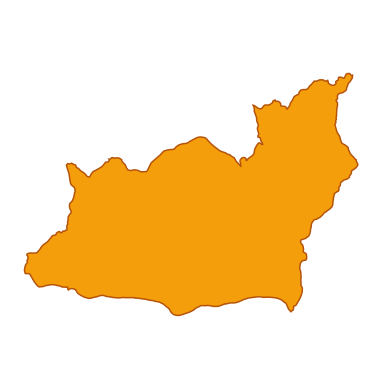 outline of Marmato, Caldas, Colombia, rotated 92°
{"feature_id": "7082276B17776075078711", "entity_name": "Marmato", "entity_type": "district", "adm_level": 2, "iso_a3": "COL", "parent_name": "Colombia", "parent_adm1": "Caldas", "projection": "mercator", "projection_center": [-75.61, 5.489], "detail": "fine", "context": "isolated", "style": "filled", "palette": "amber", "viewbox_px": 384, "rotation_deg": 92, "n_neighbors": 0, "source": "geoboundaries", "source_scale": "gbopen_adm2", "svg_char_len": 5900}
<svg xmlns="http://www.w3.org/2000/svg" viewBox="0 0 384 384"><g transform="rotate(92 192 192)"><path d="M291.5,313.0L293.3,312.8L294.2,312.2L293.2,311.0L292.8,309.5L292.8,307.7L293.6,305.1L296.1,303.5L297.6,302.1L299.6,298.8L300.9,295.7L301.9,291.5L301.9,290.5L300.4,285.3L299.9,283.0L298.9,280.8L298.4,277.6L298.7,275.7L299.2,274.6L300.2,266.6L300.4,261.5L299.8,257.0L299.9,255.4L299.6,245.7L299.9,245.7L300.0,242.7L300.9,234.1L301.6,230.8L301.8,227.8L302.6,224.7L302.9,222.0L303.2,220.7L305.2,216.3L307.2,214.0L308.6,211.9L310.3,210.3L312.2,209.2L313.7,208.0L315.1,206.0L315.6,204.5L315.8,202.7L315.9,201.1L315.3,198.7L312.1,190.2L310.1,186.6L307.4,183.3L306.8,181.8L305.2,179.0L305.1,174.1L304.9,173.3L304.9,170.8L305.6,166.3L305.4,162.1L303.7,157.4L303.0,156.2L302.8,155.1L302.6,155.1L302.7,154.2L301.5,149.8L301.5,147.7L301.2,145.0L300.8,143.4L300.0,141.3L297.6,136.4L295.9,131.6L294.5,123.0L294.4,119.4L294.8,117.8L294.4,110.8L294.6,108.1L294.9,104.1L295.9,100.6L297.0,98.3L298.7,96.3L299.3,95.0L300.8,93.7L305.9,91.3L308.2,89.0L308.1,88.6L307.0,88.0L306.3,86.6L302.5,86.3L302.1,85.0L301.5,84.1L295.2,80.7L291.5,79.2L287.8,78.4L284.8,78.3L283.5,78.6L281.3,79.9L278.4,79.9L276.4,80.2L272.8,80.0L270.5,80.4L268.8,80.4L266.8,80.9L265.0,81.7L259.6,81.3L256.9,79.4L256.2,76.9L256.2,76.2L255.9,75.7L255.1,75.3L253.4,75.1L250.3,75.5L249.5,76.0L248.3,78.2L247.6,78.8L245.2,78.5L241.5,79.4L238.9,81.6L237.8,81.8L236.0,81.3L234.5,77.0L231.9,73.8L229.9,72.9L227.1,72.3L224.8,72.2L223.2,71.7L220.5,71.6L219.6,71.4L218.6,71.1L215.9,69.3L215.5,69.0L214.7,66.2L213.2,64.0L213.0,63.3L212.2,62.6L210.6,60.9L208.0,59.0L207.1,57.3L206.1,56.3L203.9,53.4L202.2,51.8L200.3,51.0L193.7,50.5L189.0,49.7L187.9,48.8L187.2,47.7L186.4,46.9L186.3,46.0L185.2,45.3L182.0,45.3L180.3,44.0L177.6,43.9L174.7,40.6L173.8,37.7L172.3,35.7L171.6,35.1L170.3,35.1L169.0,34.0L167.4,33.4L165.4,33.2L165.0,33.0L163.4,30.6L162.0,28.9L159.6,27.3L158.4,27.4L156.3,28.3L155.4,28.9L154.2,28.9L153.5,30.1L151.9,31.4L148.3,35.1L144.8,36.7L144.1,37.3L142.3,37.4L141.7,37.9L140.0,40.1L138.1,43.8L137.5,44.3L133.1,45.9L131.2,46.3L128.9,48.0L126.5,49.4L119.3,51.6L118.2,50.8L116.9,50.7L115.9,50.9L115.3,50.8L114.4,50.2L112.6,50.6L111.1,50.2L107.4,50.3L102.9,50.1L100.0,49.6L97.6,49.8L95.9,51.0L95.4,51.2L94.8,50.9L93.8,49.9L90.3,50.0L89.1,49.2L88.7,48.7L87.8,46.6L87.5,44.9L85.4,42.0L84.3,41.3L81.7,40.9L80.3,40.1L78.7,40.0L76.2,37.9L72.7,35.9L69.1,35.4L69.9,35.9L70.1,36.7L68.2,38.5L68.1,40.4L68.6,41.7L69.0,42.1L72.7,43.7L72.9,44.2L72.8,44.9L72.0,47.5L72.0,48.4L72.4,49.5L73.3,49.7L74.7,49.7L75.1,49.9L75.9,51.3L76.7,52.2L77.2,52.2L78.4,51.8L79.0,52.1L80.1,53.4L80.5,54.7L80.4,55.9L79.9,57.4L78.7,59.2L78.2,59.6L77.2,59.7L75.7,60.3L76.6,62.2L76.4,63.1L75.4,64.8L75.4,67.4L75.5,68.4L76.9,71.4L76.9,73.7L80.8,76.8L81.7,78.0L83.7,79.2L85.0,80.3L85.6,81.6L85.9,85.3L86.5,87.0L88.7,88.5L90.1,88.6L90.8,89.3L91.5,90.9L93.0,93.0L93.7,93.5L96.6,94.8L99.9,96.8L102.2,97.3L105.6,99.8L105.7,100.0L105.4,100.4L104.0,101.0L103.3,101.9L103.1,102.7L103.2,104.7L102.6,106.3L100.6,106.5L99.4,107.4L98.4,109.0L98.3,111.9L97.3,112.0L97.4,112.9L98.5,114.4L100.2,114.8L102.4,118.1L102.5,122.0L102.8,122.6L103.3,123.2L105.3,124.6L106.3,125.5L106.5,126.9L106.3,127.8L106.0,128.8L103.6,132.5L103.2,133.9L105.1,133.0L107.4,132.6L109.1,132.6L115.3,130.1L117.6,129.9L119.2,129.6L122.0,128.3L122.7,128.1L124.2,128.3L125.8,128.9L127.7,128.6L131.5,127.3L132.3,127.3L133.6,128.1L134.9,127.9L135.1,126.2L135.7,125.7L138.5,124.9L140.3,123.5L142.0,123.0L142.1,123.7L140.9,125.5L140.5,126.6L141.0,127.4L142.5,128.6L145.9,130.3L147.6,130.9L151.2,131.4L152.7,132.2L154.1,133.6L156.6,137.0L158.5,138.3L158.6,138.7L158.2,139.1L156.8,139.2L156.1,140.0L155.7,141.6L155.9,142.8L157.2,144.2L158.6,145.1L159.9,145.1L161.5,144.5L163.8,144.1L164.5,144.2L159.6,149.0L156.4,151.0L155.8,151.9L155.1,153.5L154.4,154.5L153.6,155.3L153.3,155.8L153.3,157.1L151.6,160.1L150.7,163.4L149.9,165.5L146.7,170.1L142.8,175.1L137.8,179.9L137.0,182.1L136.7,185.4L136.9,187.0L137.6,189.3L141.0,195.2L143.4,198.5L144.3,203.7L145.5,206.9L147.4,209.4L149.4,211.1L150.0,211.8L150.4,215.6L151.2,219.0L152.1,221.6L156.4,225.4L163.7,233.3L165.4,234.4L171.2,236.9L172.6,237.7L173.2,238.5L173.6,243.2L173.5,244.2L172.5,246.0L171.8,249.7L172.2,252.2L172.7,253.6L172.5,255.5L172.1,256.8L170.2,258.3L167.4,259.5L163.9,263.0L162.1,263.5L161.8,263.9L160.6,266.3L160.5,267.6L160.8,271.7L160.4,272.2L160.5,273.1L160.7,273.7L162.0,274.8L162.1,276.0L162.4,275.7L163.0,276.0L163.8,275.9L164.8,277.0L165.1,277.4L165.2,279.4L169.6,282.6L171.5,285.4L174.5,290.4L174.9,291.4L177.7,293.5L179.6,294.3L180.3,294.9L180.6,295.6L180.5,296.3L179.8,297.7L178.1,299.0L176.6,300.8L174.4,304.4L172.6,306.1L171.8,307.8L171.3,308.5L169.2,309.2L168.8,310.2L168.7,311.1L168.2,311.7L167.4,313.4L168.0,314.4L168.3,315.4L168.0,317.3L169.7,318.5L177.5,315.7L187.3,313.8L189.1,312.9L191.7,309.6L194.4,308.9L196.0,308.9L197.5,309.5L198.8,309.5L202.5,310.3L205.3,311.5L207.4,313.4L208.9,314.0L211.4,313.9L213.4,313.2L215.6,312.1L216.9,312.1L219.1,313.8L221.3,314.9L223.8,314.9L226.4,315.3L227.2,315.3L228.3,314.9L229.8,315.8L230.5,315.9L231.8,315.9L233.6,315.5L234.3,315.9L234.5,316.8L235.8,318.2L235.8,318.9L235.5,319.4L235.7,319.7L237.3,321.0L237.4,321.3L236.2,323.2L236.4,324.1L236.9,324.9L237.7,325.6L237.7,326.0L239.2,326.4L239.8,327.1L240.4,329.9L241.3,330.3L241.6,330.9L242.5,331.3L244.0,332.6L246.6,334.4L250.4,339.3L253.2,341.3L254.9,342.2L257.9,344.7L258.3,345.6L258.6,347.2L258.6,351.7L259.0,353.3L259.6,354.5L260.2,354.8L260.7,354.9L261.5,354.2L262.6,353.8L264.0,353.6L265.3,353.9L265.4,354.2L266.2,354.5L267.9,354.0L271.1,356.0L272.1,356.0L273.0,356.4L273.9,356.3L275.4,356.7L276.6,356.7L277.7,356.2L278.6,356.2L279.4,355.4L279.2,352.7L280.0,350.8L281.2,350.3L287.5,346.3L291.1,343.2L292.2,341.5L291.6,337.1L290.7,335.2L289.5,329.1L289.5,326.4L290.8,319.9L291.5,318.4L291.5,313.0Z" fill="#f59e0b" stroke="#b45309" stroke-width="1.5"/></g></svg>